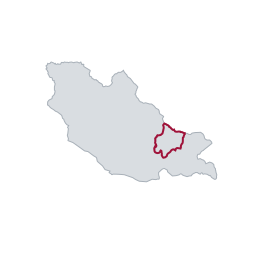 Mongolia, with Hentiy highlighted, rotated 28°
{"feature_id": "MNG-3315", "entity_name": "Hentiy", "entity_type": "Province", "adm_level": 1, "iso_a3": "MNG", "parent_name": "Mongolia", "parent_adm1": "", "projection": "mercator", "projection_center": [110.059, 47.757], "detail": "medium", "context": "in_parent", "style": "outline", "palette": "rose", "viewbox_px": 256, "rotation_deg": 28, "n_neighbors": 0, "source": "natural_earth", "source_scale": "10m", "svg_char_len": 5312}
<svg xmlns="http://www.w3.org/2000/svg" viewBox="0 0 256 256"><g transform="rotate(28 128 128)"><path d="M26.8,108.6L27.6,108.6L28.8,107.7L28.9,106.5L29.2,105.8L32.0,105.5L33.3,105.8L33.5,105.1L34.4,105.6L35.0,105.3L35.5,105.0L35.9,104.1L36.8,104.3L38.5,103.2L38.4,101.4L39.0,101.0L40.5,100.6L40.7,99.8L41.0,99.5L42.1,99.3L43.9,98.3L44.8,98.3L45.5,97.4L47.1,96.3L49.6,95.8L49.8,95.3L52.1,93.6L54.5,93.5L55.2,92.0L55.5,91.9L57.3,93.6L58.0,93.4L58.2,92.7L59.2,92.7L59.7,94.0L60.3,94.5L67.5,94.9L67.8,95.4L68.2,98.3L69.5,99.6L69.8,100.2L71.8,100.0L73.0,101.1L74.7,101.0L75.6,101.3L77.2,100.3L77.6,100.3L78.2,100.8L79.0,100.5L80.6,101.4L81.8,101.2L82.4,101.6L83.1,101.3L84.8,101.6L86.2,103.1L87.2,103.0L88.3,102.0L88.6,101.3L90.3,101.0L91.2,100.3L91.9,99.7L92.8,97.5L93.0,95.2L92.1,94.8L91.4,94.1L91.0,92.8L90.9,92.0L90.1,90.7L90.2,90.0L90.7,88.9L90.9,87.0L91.5,86.0L92.6,85.4L92.7,84.7L93.4,83.3L95.3,82.4L96.3,80.8L96.9,79.2L97.8,80.0L100.1,81.1L102.1,81.7L103.4,82.9L106.8,83.2L112.6,85.9L113.8,85.8L117.2,87.0L117.5,87.4L117.5,89.4L117.7,90.0L117.9,92.2L118.5,93.3L118.3,94.7L118.6,95.1L119.5,95.3L120.8,96.6L123.8,97.6L124.7,98.5L126.8,99.1L127.9,98.7L129.6,98.9L130.3,98.8L131.4,97.7L132.1,97.4L136.1,96.6L137.1,95.9L137.9,95.8L141.0,96.4L143.2,97.4L146.3,97.4L147.7,98.5L148.3,99.6L149.6,100.6L153.9,101.0L154.1,101.2L154.0,103.5L154.2,103.8L157.0,106.3L158.3,107.1L162.2,106.9L168.3,108.5L169.8,108.1L171.0,108.9L171.5,108.8L175.5,106.7L176.1,106.9L180.2,106.1L182.8,105.0L184.8,105.1L186.4,104.2L187.0,102.4L189.6,100.4L194.2,97.7L197.0,98.1L198.7,99.1L200.4,101.0L201.4,101.5L203.2,101.6L205.8,100.3L207.2,100.7L208.5,101.2L209.3,102.2L205.2,111.7L205.1,112.3L203.8,114.2L203.6,117.4L202.0,118.5L202.2,120.2L202.5,120.9L204.3,122.7L204.9,122.4L205.4,121.7L206.4,121.1L208.2,121.2L209.8,120.9L211.7,121.5L213.5,123.0L216.1,119.8L218.5,119.4L220.8,119.9L222.4,122.0L224.4,123.0L225.0,124.2L225.8,124.7L226.0,125.3L228.4,127.7L228.9,129.3L229.6,130.4L229.6,131.5L229.4,132.1L228.4,132.7L225.0,132.4L222.9,131.3L222.2,131.9L219.6,131.7L218.1,132.2L217.0,132.6L216.4,133.3L216.0,133.5L215.5,133.5L214.7,132.9L214.1,132.9L213.9,133.0L213.4,134.9L211.2,135.0L210.4,134.7L208.5,135.6L208.2,136.3L207.2,137.4L206.3,139.3L206.5,140.1L206.2,140.6L204.6,141.6L203.0,143.2L199.7,143.8L198.1,143.9L197.0,143.5L195.9,143.8L195.0,145.5L192.8,147.5L189.7,149.5L184.2,148.3L183.5,148.0L182.3,146.7L179.0,146.7L178.1,147.5L177.3,148.8L175.9,152.9L177.2,155.2L178.7,156.7L179.3,157.8L179.3,158.7L178.2,159.1L176.8,160.5L173.4,161.9L169.6,166.8L162.9,169.7L158.8,169.9L155.5,169.6L146.6,171.0L140.9,173.5L136.7,175.6L135.8,176.7L135.3,176.8L134.6,176.4L132.3,176.3L132.3,174.5L127.3,175.5L123.3,173.4L117.5,172.1L116.3,171.6L114.3,169.1L113.3,168.8L110.8,168.7L103.8,167.6L100.5,168.6L86.2,166.7L81.0,167.3L80.8,167.0L80.5,165.5L78.0,163.1L77.7,162.5L77.6,161.5L75.6,156.5L74.3,155.8L74.5,153.7L72.6,153.8L70.4,153.0L68.2,151.5L67.2,150.4L65.7,150.2L63.8,148.2L62.9,147.8L58.3,147.0L56.0,147.2L53.5,146.7L50.7,146.6L49.8,146.2L49.0,146.2L47.3,145.3L46.2,145.5L44.8,142.6L45.1,140.7L45.7,139.6L47.0,137.9L47.0,137.3L46.4,135.8L47.2,133.1L46.9,131.4L46.2,129.5L45.2,129.0L43.8,126.4L43.3,124.4L42.8,123.0L41.3,122.1L40.8,120.9L40.4,120.8L40.1,121.2L39.3,121.3L38.4,120.6L37.9,119.7L37.4,119.4L36.4,119.5L35.6,119.9L34.6,119.7L33.8,118.9L31.7,117.6L31.6,116.7L31.3,116.1L30.6,115.9L30.0,115.2L27.9,114.4L27.8,114.0L28.4,113.0L27.0,112.2L26.4,111.3L27.2,110.2L26.9,109.4L26.8,108.6Z" fill="#d9dde1" stroke="#a8b0b8" stroke-width="1"/><path d="M158.0,107.0L160.3,106.8L160.9,107.0L161.7,106.8L162.5,106.9L163.3,107.3L163.6,107.2L163.7,107.3L163.7,107.6L164.0,107.7L165.3,107.6L165.7,107.8L165.9,108.0L168.2,108.6L168.7,108.5L169.0,108.3L169.4,107.8L169.9,108.3L170.3,108.4L170.9,108.8L171.4,108.9L172.4,108.6L173.2,108.2L174.2,107.4L175.1,107.1L175.5,106.7L176.1,106.8L176.4,106.9L177.5,106.3L179.9,106.2L180.5,105.9L181.0,106.7L180.8,107.1L181.0,108.8L181.2,109.5L181.3,109.8L181.3,110.0L181.0,110.7L181.4,111.6L182.6,113.9L183.1,115.2L183.2,115.8L183.2,116.3L183.0,116.7L182.9,117.4L183.1,119.0L183.8,120.3L184.0,121.5L183.0,121.8L181.0,122.5L180.5,122.9L180.3,123.3L180.1,123.8L180.1,124.5L180.3,125.5L179.5,125.5L178.7,125.3L177.7,125.8L177.1,126.6L176.9,126.9L176.7,127.4L176.5,129.2L176.3,129.8L175.3,131.7L175.1,132.4L175.1,133.3L175.4,134.5L175.3,134.9L174.8,135.8L174.8,136.2L173.6,137.3L173.2,137.6L172.8,137.6L172.4,137.4L171.1,136.6L170.5,136.1L170.3,135.7L170.2,135.2L169.9,134.7L168.9,133.6L168.4,132.7L168.0,132.5L167.4,132.5L167.3,132.9L167.5,133.9L167.2,134.9L167.0,135.4L166.0,136.2L165.4,136.5L163.8,136.7L163.2,136.6L162.1,135.8L161.6,134.8L161.0,134.2L160.8,133.7L160.7,133.5L160.8,133.0L161.3,131.9L161.5,131.4L161.5,130.9L161.4,130.4L161.2,130.2L160.9,130.4L160.7,130.7L160.6,130.8L160.6,130.7L160.6,129.8L160.4,129.3L159.6,129.0L159.2,128.6L158.8,128.2L158.4,126.9L158.0,126.4L157.9,125.8L157.4,125.3L157.2,124.7L156.9,124.4L157.1,123.9L157.1,123.7L157.0,123.4L157.0,123.2L157.5,122.4L157.5,122.0L157.4,121.8L157.4,121.3L157.3,121.0L157.5,120.5L158.2,120.3L158.6,120.1L159.6,119.2L160.0,119.0L160.2,118.7L160.4,117.9L160.8,117.2L161.0,116.7L160.8,115.9L160.7,115.4L160.2,113.4L159.9,112.6L159.8,111.9L159.1,110.4L157.7,109.0L157.8,108.0L158.0,107.0Z" fill="none" stroke="#9f1239" stroke-width="2"/></g></svg>